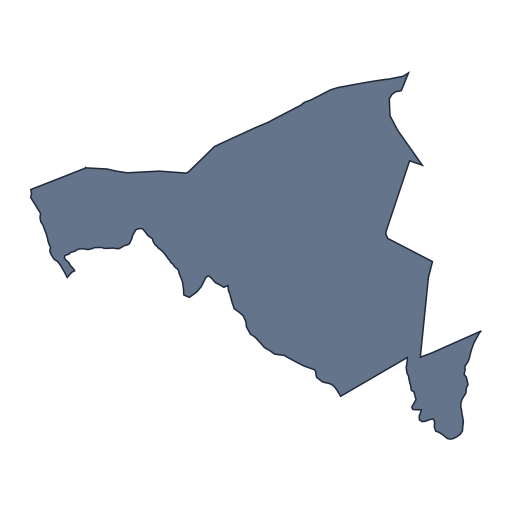 Santa Catarina Yosonotú, Oaxaca, Mexico (Albers equal-area conic projection)
{"feature_id": "50627088B97358550185776", "entity_name": "Santa Catarina Yosonotú", "entity_type": "district", "adm_level": 2, "iso_a3": "MEX", "parent_name": "Mexico", "parent_adm1": "Oaxaca", "projection": "albers", "projection_center": [-97.679, 17.005], "detail": "fine", "context": "isolated", "style": "filled", "palette": "slate", "viewbox_px": 512, "rotation_deg": 0, "n_neighbors": 0, "source": "geoboundaries", "source_scale": "gbopen_adm2", "svg_char_len": 3454}
<svg xmlns="http://www.w3.org/2000/svg" viewBox="0 0 512 512"><path d="M30.8,189.5L31.5,193.5L30.7,197.5L40.5,213.3L40.0,217.7L40.8,221.8L43.0,225.1L44.7,229.9L46.2,233.7L47.6,238.7L47.9,240.7L49.3,245.0L50.6,247.4L49.9,249.6L50.0,252.1L51.4,255.1L54.2,259.4L57.5,261.5L60.8,265.7L62.4,268.6L64.2,271.6L67.2,277.5L70.7,273.4L72.5,271.8L74.7,270.8L73.6,269.0L71.9,267.1L70.3,265.4L69.2,263.2L67.6,261.5L65.8,259.9L64.5,258.2L64.7,255.9L66.7,254.8L68.9,254.3L70.6,252.4L73.2,251.8L75.6,250.8L78.0,249.1L80.5,248.9L83.2,248.8L85.7,249.2L88.0,249.6L90.0,249.1L92.6,248.5L94.5,247.6L97.1,247.6L99.5,247.5L102.0,247.5L104.1,248.4L106.5,248.4L108.9,248.3L111.4,248.1L113.8,248.1L116.2,248.6L118.8,248.7L121.1,247.6L123.1,246.3L125.1,245.4L127.6,244.9L129.5,243.6L130.6,241.2L131.8,238.7L132.4,236.3L133.4,234.0L134.6,232.1L135.8,229.8L138.1,228.8L140.4,228.6L142.7,228.8L144.0,230.6L145.7,232.5L146.9,234.4L148.6,236.1L150.7,237.5L152.5,238.9L153.0,241.2L154.1,243.1L155.3,245.0L157.0,246.3L158.2,248.0L160.2,249.4L161.9,250.9L163.7,252.7L165.1,254.6L166.6,256.5L167.9,258.4L169.7,260.5L171.0,262.7L172.8,264.0L174.0,265.9L175.6,267.7L177.5,269.0L178.6,270.9L178.9,272.6L180.8,277.5L181.3,278.7L182.7,282.7L183.5,289.0L183.8,295.0L189.4,297.4L196.4,292.3L201.1,286.9L205.9,277.5L207.4,276.3L208.1,276.0L208.6,276.0L210.8,277.5L215.6,282.8L219.7,284.8L223.8,287.3L228.0,285.5L228.4,290.4L229.9,294.2L231.9,301.8L234.2,308.7L238.0,311.4L243.0,315.5L245.9,321.6L246.4,326.7L250.3,334.0L255.0,337.1L259.3,341.6L264.4,347.5L269.9,350.7L274.6,354.1L279.9,354.9L283.9,355.2L288.3,357.8L292.8,360.2L299.4,363.7L304.4,366.2L314.4,369.7L315.5,371.2L315.8,372.9L316.1,375.4L316.6,377.3L319.2,379.4L322.3,381.8L325.3,382.7L327.8,383.1L331.3,384.3L334.5,386.7L337.4,390.9L340.6,396.3L407.3,357.5L407.3,360.5L406.9,362.7L406.2,367.5L406.6,370.7L407.0,373.0L408.5,376.1L408.9,379.1L409.4,380.8L409.8,383.1L410.5,384.9L410.9,388.4L411.5,390.5L413.8,391.6L414.8,395.1L416.0,399.7L414.3,402.5L413.0,404.9L411.9,406.7L412.1,408.0L412.7,409.3L414.4,409.7L421.4,409.8L420.3,413.4L419.2,416.0L419.4,419.9L422.0,421.6L425.2,421.3L430.8,419.3L433.1,419.0L434.6,421.2L434.3,427.0L435.7,431.1L439.1,432.4L441.2,433.8L443.9,435.5L445.4,436.9L447.6,438.6L450.0,439.1L452.9,438.7L456.4,437.0L457.0,436.7L460.1,434.4L462.4,431.1L462.8,426.6L463.4,421.5L462.5,416.4L461.8,412.7L461.6,410.1L460.8,407.0L460.9,403.1L462.1,399.2L465.9,393.1L466.4,387.7L468.0,384.8L467.2,380.5L466.2,376.9L464.1,374.4L465.2,369.4L464.8,366.4L466.0,364.7L468.2,361.2L469.3,358.4L470.1,354.9L471.5,349.7L473.7,343.4L477.4,336.5L479.5,332.7L481.3,330.9L447.5,345.9L431.6,353.0L420.3,357.2L422.3,337.7L428.4,277.5L432.5,261.6L387.9,238.5L385.8,234.2L386.2,231.1L409.6,160.8L422.3,165.2L398.0,130.8L390.0,115.7L389.3,98.9L391.8,94.6L395.4,91.8L401.3,90.7L408.5,72.9L403.2,76.2L397.7,77.3L396.2,77.6L387.8,79.3L385.9,79.3L372.1,81.4L368.5,82.0L363.3,82.9L356.7,84.1L352.2,84.9L348.6,85.6L340.9,87.0L338.9,87.3L330.9,89.7L325.0,92.7L319.3,95.7L316.0,97.3L310.4,100.2L304.9,102.1L303.3,103.1L302.4,103.9L301.0,105.1L298.7,106.4L295.2,108.0L292.0,109.8L286.3,112.7L277.5,117.3L267.5,122.6L262.4,124.7L254.8,127.9L251.1,129.6L248.3,130.9L238.5,135.4L232.3,138.2L227.0,140.7L222.1,142.9L214.5,146.5L201.4,159.4L189.6,170.8L188.9,171.6L187.6,172.3L186.2,173.1L159.2,171.1L127.4,172.8L117.5,171.3L111.2,170.0L107.2,169.0L86.1,167.9L85.6,167.4L84.9,168.3L30.8,189.5Z" fill="#64748b" stroke="#1e293b" stroke-width="1.5"/></svg>